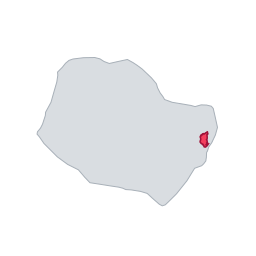 Quthing, Quthing, Lesotho shown in context, rotated 247°
{"feature_id": "5366337B136764020744", "entity_name": "Quthing", "entity_type": "district", "adm_level": 2, "iso_a3": "LSO", "parent_name": "Lesotho", "parent_adm1": "Quthing", "projection": "orthographic", "projection_center": [27.658, -30.405], "detail": "fine", "context": "in_parent", "style": "filled", "palette": "rose", "viewbox_px": 256, "rotation_deg": 247, "n_neighbors": 0, "source": "geoboundaries", "source_scale": "gbopen_adm2", "svg_char_len": 3269}
<svg xmlns="http://www.w3.org/2000/svg" viewBox="0 0 256 256"><g transform="rotate(247 128 128)"><path d="M164.9,169.2L158.4,171.2L157.5,171.4L153.3,170.9L147.7,171.3L143.3,172.4L139.9,172.8L134.4,178.7L124.2,194.7L121.5,198.1L120.7,204.4L118.4,209.3L115.5,213.2L112.7,214.1L104.3,212.6L93.6,210.6L87.4,205.7L81.8,199.4L78.9,194.8L75.8,192.2L74.8,190.8L70.4,188.7L68.7,187.6L67.3,186.8L65.5,183.7L64.5,181.1L64.9,173.6L61.8,169.2L56.4,161.6L53.1,155.5L48.5,147.0L45.6,139.8L42.7,132.3L43.0,129.1L45.8,126.9L53.9,123.0L60.3,120.1L64.8,114.7L69.8,106.7L72.2,101.9L74.6,99.7L77.2,96.3L81.8,88.8L87.0,80.5L92.5,71.6L99.4,69.0L108.9,66.0L118.1,58.2L129.0,51.7L146.6,44.6L154.8,42.9L157.9,41.9L159.9,43.2L162.0,47.3L164.9,50.8L171.8,56.8L174.7,58.3L181.8,67.2L189.4,73.3L198.1,80.4L204.0,84.0L207.0,85.0L209.5,91.2L212.0,95.8L213.3,100.1L213.0,104.3L210.1,114.5L205.9,124.9L202.6,129.2L198.6,131.9L194.7,136.0L193.2,144.3L191.3,154.2L186.2,158.2L182.3,160.8L176.9,164.0L164.9,169.2Z" fill="#d9dde1" stroke="#a8b0b8" stroke-width="1"/><path d="M93.5,199.5L93.4,199.4L93.4,199.1L93.2,198.8L93.2,198.6L93.2,198.4L93.2,198.2L93.2,197.8L93.2,197.6L93.1,197.2L92.9,197.1L92.9,196.8L92.9,196.7L92.8,196.4L92.9,196.1L92.7,195.9L92.7,195.7L92.8,195.6L93.0,195.5L93.3,195.4L93.4,195.1L93.4,194.8L93.4,194.6L93.5,194.4L93.5,194.2L93.4,194.1L93.2,194.2L93.0,194.3L92.9,194.2L92.7,194.0L92.7,193.7L92.7,193.4L92.8,193.3L93.0,193.2L93.1,192.8L93.0,192.7L92.9,192.5L92.7,192.4L92.4,192.3L92.4,192.2L92.2,192.2L92.2,191.9L92.1,191.7L92.0,191.4L91.9,191.3L92.0,191.3L91.9,191.2L91.7,191.0L91.6,190.9L91.4,190.9L91.2,191.0L91.1,190.9L90.9,190.9L90.6,190.8L90.4,190.8L90.1,190.8L89.8,190.8L89.6,190.7L89.3,190.6L89.2,190.5L89.1,190.4L88.9,190.4L88.7,190.3L88.6,190.1L88.4,189.9L88.1,189.7L87.8,189.3L87.6,189.3L87.5,189.2L87.4,189.1L87.2,189.0L86.9,188.9L86.6,188.9L86.4,189.0L86.2,189.2L85.8,189.1L85.7,189.1L85.3,189.3L85.0,189.4L84.8,189.5L84.7,189.6L84.5,189.9L84.4,189.9L84.2,190.0L84.0,190.4L84.0,190.5L83.9,190.6L83.7,190.6L83.6,190.4L83.4,190.3L83.2,190.3L82.8,190.6L82.8,190.8L82.6,190.9L82.4,190.9L82.2,190.9L81.9,190.8L81.6,190.8L81.4,190.8L81.2,190.7L81.0,190.8L80.8,190.8L80.6,191.1L80.5,191.3L80.4,191.5L80.2,191.7L80.2,191.8L80.2,192.0L80.2,192.3L80.3,192.5L80.5,192.8L80.7,193.0L80.7,193.3L80.7,193.6L80.7,193.8L80.8,193.9L81.1,193.9L81.2,193.7L81.5,193.6L81.6,193.4L81.9,193.3L82.1,193.3L82.2,193.6L82.4,193.7L82.4,193.9L82.3,194.1L82.1,194.3L81.9,194.4L81.6,194.6L81.4,194.8L81.5,194.9L81.5,195.0L81.8,195.2L81.8,195.3L82.0,195.3L82.3,195.4L82.3,195.5L82.4,195.4L82.5,195.4L82.4,195.3L82.5,195.2L82.6,194.9L82.7,194.7L82.8,194.6L82.9,194.8L83.0,194.8L82.9,194.9L83.0,194.9L83.0,195.0L83.2,195.3L83.3,195.3L83.5,195.4L83.7,195.5L83.8,195.5L84.0,195.5L84.4,195.5L84.5,195.5L84.9,195.7L85.1,195.7L85.3,195.8L85.7,195.8L86.0,195.8L86.3,195.8L86.4,195.7L86.5,195.7L86.5,195.8L86.4,195.8L86.4,196.0L86.5,196.0L86.8,196.3L87.1,196.4L87.3,196.7L87.5,196.8L87.8,196.9L88.0,197.0L88.5,197.3L88.9,197.4L89.1,197.5L89.5,197.6L89.8,197.7L90.0,197.8L90.4,197.9L90.7,197.9L91.0,198.0L91.2,198.4L91.2,198.5L91.1,198.8L91.2,199.0L91.3,199.2L91.4,199.3L91.8,199.3L92.1,199.3L92.4,199.3L92.7,199.4L93.1,199.6L93.4,199.6L93.5,199.5Z" fill="#f43f5e" stroke="#9f1239" stroke-width="1.5"/></g></svg>